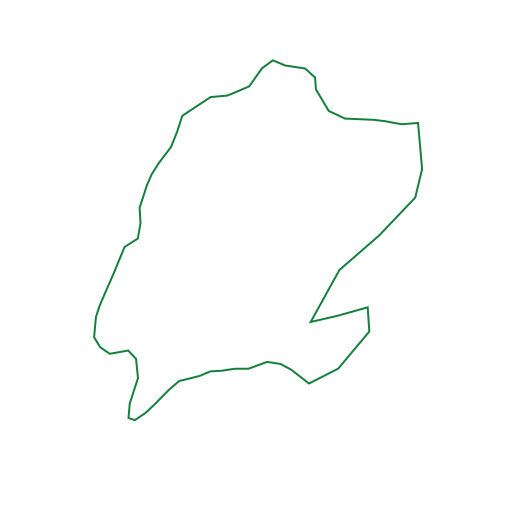 the district of Agios Ermolaos, Cyprus, rotated 288°
{"feature_id": "46923920B200198305742", "entity_name": "Agios Ermolaos", "entity_type": "district", "adm_level": 2, "iso_a3": "CYP", "parent_name": "Cyprus", "parent_adm1": "", "projection": "albers", "projection_center": [33.172, 35.267], "detail": "fine", "context": "isolated", "style": "outline", "palette": "green", "viewbox_px": 512, "rotation_deg": 288, "n_neighbors": 0, "source": "geoboundaries", "source_scale": "gbopen_adm2", "svg_char_len": 928}
<svg xmlns="http://www.w3.org/2000/svg" viewBox="0 0 512 512"><g transform="rotate(288 256 256)"><path d="M390.0,387.1L432.6,369.0L426.3,353.7L424.1,337.1L421.9,325.9L414.2,298.2L416.4,280.4L433.0,261.5L444.0,257.0L449.5,244.8L446.2,224.8L447.3,211.5L436.3,203.7L415.2,197.1L399.8,179.3L393.1,163.7L382.1,154.9L366.6,142.6L350.0,142.6L333.4,141.5L314.6,134.9L301.3,131.5L289.2,130.4L278.1,130.4L265.9,130.4L251.6,136.0L236.1,138.2L223.9,128.2L195.2,126.0L173.1,123.8L160.9,122.7L148.7,122.6L128.8,127.1L121.1,136.0L117.8,147.1L126.6,163.7L121.1,173.7L103.4,181.5L87.9,181.5L76.8,181.5L62.5,184.8L62.5,191.5L72.4,199.3L82.4,204.8L102.3,214.8L113.3,221.5L124.4,239.3L132.1,248.2L136.5,259.3L142.1,270.4L146.5,283.7L158.7,299.3L160.9,312.6L158.7,324.8L151.1,345.8L174.3,369.0L219.2,387.1L241.7,378.1L223.7,351.0L210.2,328.4L268.6,339.7L313.6,366.8L360.8,389.4L390.0,387.1Z" fill="none" stroke="#15803d" stroke-width="2"/></g></svg>